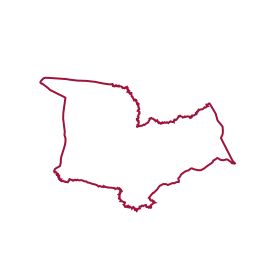 Non Daeng, Nakhon Ratchasima, Thailand (Robinson projection), rotated 64°
{"feature_id": "78962969B77255700381962", "entity_name": "Non Daeng", "entity_type": "district", "adm_level": 2, "iso_a3": "THA", "parent_name": "Thailand", "parent_adm1": "Nakhon Ratchasima", "projection": "robinson", "projection_center": [102.541, 15.454], "detail": "fine", "context": "isolated", "style": "outline", "palette": "rose", "viewbox_px": 256, "rotation_deg": 64, "n_neighbors": 0, "source": "geoboundaries", "source_scale": "gbopen_adm2", "svg_char_len": 5959}
<svg xmlns="http://www.w3.org/2000/svg" viewBox="0 0 256 256"><g transform="rotate(64 128 128)"><path d="M81.6,122.7L81.2,124.5L80.1,126.4L77.1,130.8L72.2,137.2L67.5,144.6L63.2,152.7L58.9,159.4L57.1,161.8L47.8,178.0L46.6,180.4L46.3,182.1L47.4,185.3L48.4,186.7L48.9,186.8L49.9,186.5L50.4,186.1L50.6,185.6L57.1,182.3L58.7,181.8L60.3,180.9L72.1,171.8L73.4,171.0L85.9,179.4L91.2,182.2L103.5,186.4L105.2,187.4L106.2,188.1L110.2,188.8L113.7,190.7L116.6,193.0L124.9,200.8L126.6,202.0L129.8,203.7L132.4,205.9L132.6,209.9L132.8,211.4L134.1,213.1L134.5,212.9L135.2,213.5L135.7,213.5L135.9,213.2L136.0,212.2L136.5,211.8L137.1,212.0L138.0,211.9L138.6,212.7L138.8,212.7L138.9,212.1L138.2,211.5L138.3,211.2L138.6,211.0L139.2,211.2L139.5,212.1L140.0,211.9L140.7,210.7L141.6,211.2L141.6,212.2L141.9,212.2L142.2,211.6L142.6,211.4L143.0,211.6L143.5,212.4L144.7,212.1L144.7,210.8L144.9,210.5L145.4,211.1L146.5,211.3L146.9,210.7L147.0,209.6L147.9,209.0L148.4,208.1L149.0,208.1L149.8,206.7L149.8,206.2L150.3,205.8L149.6,204.9L149.5,203.9L148.5,203.4L148.3,202.9L150.4,201.1L150.7,200.3L151.3,200.3L151.4,198.1L152.3,197.6L152.2,196.3L152.8,196.0L153.2,195.3L153.7,194.8L154.3,193.0L155.4,191.7L156.9,190.5L157.7,188.9L159.1,188.4L160.0,187.1L162.6,184.5L164.9,181.7L166.1,180.8L167.7,180.1L167.7,178.9L169.7,177.0L169.4,175.4L170.5,175.4L170.5,174.5L171.9,173.3L172.3,172.3L173.0,171.8L173.7,170.2L175.9,166.8L176.4,166.3L177.3,166.2L177.2,165.3L177.6,164.6L177.3,163.6L178.5,163.3L178.4,162.3L178.9,162.3L179.3,161.8L180.0,162.3L180.5,161.5L180.8,161.6L180.8,162.1L181.2,162.2L181.5,162.0L181.7,161.5L182.1,161.3L182.3,161.6L182.0,163.4L182.2,163.6L183.2,163.5L184.0,164.3L184.1,164.6L183.6,165.1L183.7,165.6L184.8,165.1L185.4,165.7L186.3,165.6L186.8,166.6L187.5,167.1L188.1,166.4L189.5,166.0L190.1,166.1L190.2,166.7L190.4,166.9L191.4,165.2L192.3,164.7L193.4,163.4L193.8,163.5L194.9,164.7L195.0,165.5L196.4,165.0L196.9,165.3L197.4,165.3L198.0,164.6L198.0,163.9L198.8,163.2L198.6,163.0L197.8,162.9L197.9,162.1L199.4,162.5L199.9,161.8L199.2,161.4L199.2,160.9L200.6,160.3L201.4,159.5L202.2,159.7L202.0,159.1L201.3,158.4L201.4,157.7L202.7,157.5L203.1,157.2L203.9,157.6L204.1,157.4L203.8,156.7L204.0,156.5L205.0,157.5L205.5,156.6L206.3,156.5L205.0,154.5L205.5,152.6L204.5,152.5L203.8,152.1L203.8,151.1L204.4,150.3L203.9,149.5L204.3,148.7L204.8,148.4L204.9,146.2L205.1,145.6L205.5,145.5L206.7,146.0L207.2,146.0L207.8,144.9L207.8,143.7L208.8,144.0L208.9,143.1L209.6,142.7L209.7,142.1L209.1,141.7L208.2,141.7L207.3,141.1L207.2,139.9L206.6,137.9L206.9,136.3L206.1,136.8L205.4,136.8L204.9,137.7L204.3,137.4L203.7,137.7L203.7,138.6L203.1,138.9L203.0,139.4L202.2,139.6L201.6,139.3L200.8,139.7L200.4,139.4L199.9,139.8L197.6,134.8L197.3,133.9L197.6,133.7L197.4,132.8L195.8,128.3L194.5,126.2L193.9,124.7L193.8,121.1L194.7,119.1L195.4,118.2L196.7,117.2L197.1,111.9L197.9,110.8L197.9,108.3L198.7,106.0L197.6,105.3L195.8,105.1L195.2,104.6L194.5,102.5L193.0,100.6L192.2,96.3L192.2,94.2L192.6,92.3L192.0,89.1L192.4,88.1L194.1,86.7L196.3,83.9L197.5,82.1L197.9,80.7L197.7,77.0L196.9,73.6L196.2,68.4L195.6,66.5L194.6,65.6L194.6,63.7L194.1,61.0L194.4,60.6L197.6,58.5L198.2,57.2L198.8,56.4L199.4,53.2L200.4,52.1L203.7,50.4L205.1,50.1L206.8,47.7L207.5,47.4L206.3,47.4L204.0,48.3L203.0,48.4L177.8,48.9L175.4,46.0L174.2,45.1L172.4,44.1L168.7,42.5L166.6,42.7L161.0,44.1L159.7,44.1L153.6,42.9L141.9,43.9L141.5,44.4L142.2,46.6L141.4,46.9L141.3,47.2L141.6,47.4L142.3,47.0L142.7,47.2L143.3,46.9L143.1,47.6L143.7,48.7L143.6,49.3L142.9,50.1L143.4,51.1L143.8,53.0L143.2,54.4L143.0,55.9L142.4,56.5L142.7,56.9L143.3,57.0L143.4,57.6L143.8,57.9L143.6,58.8L144.5,59.2L144.3,60.4L144.5,60.5L145.0,60.2L145.6,60.5L145.4,61.5L145.6,63.2L145.4,64.2L145.0,64.5L144.8,65.0L145.1,65.6L145.3,66.3L146.1,65.9L146.3,66.1L146.4,66.5L146.1,66.9L146.2,67.7L144.7,67.8L144.5,68.3L143.6,69.4L143.4,71.2L142.6,71.7L143.0,72.8L142.6,73.6L142.6,74.1L141.9,74.2L140.7,75.3L140.4,75.8L139.8,75.9L140.0,76.6L139.6,77.0L139.6,77.3L140.3,77.7L140.3,78.2L141.0,79.1L141.8,80.9L141.8,81.5L141.0,82.0L140.9,82.7L141.6,83.0L141.6,83.4L142.7,84.1L142.1,84.3L142.1,85.5L141.4,86.0L141.3,86.5L140.7,86.8L140.7,87.5L141.2,89.6L140.1,90.2L139.9,90.6L140.1,91.1L139.6,91.8L139.6,92.3L138.8,92.8L139.0,93.9L138.5,94.5L138.0,94.7L138.0,95.7L138.6,95.8L138.4,96.8L137.9,96.8L137.1,97.4L137.2,98.1L136.1,98.5L135.9,98.5L135.8,98.1L135.4,98.4L134.0,98.3L134.1,99.7L133.5,99.5L133.0,100.6L132.5,100.4L132.1,100.5L131.8,100.9L130.5,101.5L130.2,102.3L129.2,102.7L129.1,103.7L129.4,104.1L129.1,104.3L129.1,104.6L129.8,104.7L131.9,107.6L132.0,110.1L132.5,111.7L131.9,112.4L132.0,113.6L132.2,114.2L131.6,115.3L131.6,115.8L131.0,118.1L131.0,119.2L130.6,119.3L130.0,118.4L129.3,118.1L129.3,117.2L129.1,116.8L127.5,115.7L127.0,115.8L126.2,115.4L126.1,115.6L126.5,116.1L126.4,116.2L125.3,116.2L124.8,116.4L123.7,116.1L123.7,115.4L124.0,114.9L123.5,114.5L123.4,114.0L122.8,113.8L122.4,114.0L121.9,114.0L121.8,113.4L120.7,112.7L120.0,111.2L119.3,111.3L118.8,110.8L118.4,110.7L118.0,111.0L117.2,111.0L116.8,111.7L116.4,111.3L116.0,109.6L115.0,109.3L114.2,109.6L113.6,109.5L113.1,109.0L112.7,109.1L111.9,108.9L111.6,108.2L111.2,107.9L110.7,108.4L110.9,109.3L110.7,109.4L109.9,109.2L110.1,108.6L109.9,108.4L108.4,109.0L107.5,109.0L107.1,108.3L105.9,108.6L105.7,108.9L106.2,109.3L106.2,109.7L105.8,110.5L105.2,110.2L103.0,110.5L102.2,110.2L101.6,110.7L101.0,110.8L100.3,110.4L98.8,110.5L98.3,109.7L98.0,109.6L97.8,109.8L97.8,111.2L97.6,111.2L97.1,110.9L96.9,111.3L96.2,111.9L95.7,112.0L95.3,112.6L95.1,112.4L95.2,111.1L95.1,110.8L94.4,111.2L93.8,111.0L93.3,111.6L92.6,111.5L92.5,111.1L92.0,111.1L91.7,110.7L91.3,110.8L91.1,111.6L90.5,111.2L90.4,112.1L90.7,112.7L90.8,113.6L90.2,113.8L89.8,115.3L88.9,115.5L88.6,115.3L87.9,115.7L87.0,116.9L86.9,117.6L86.2,117.6L86.3,118.2L85.8,118.4L85.9,119.0L85.5,119.2L85.5,119.7L84.3,120.0L84.4,120.8L84.8,121.6L84.6,122.1L83.5,123.2L83.1,123.0L82.9,122.5L81.9,122.8L81.6,122.7Z" fill="none" stroke="#9f1239" stroke-width="2"/></g></svg>